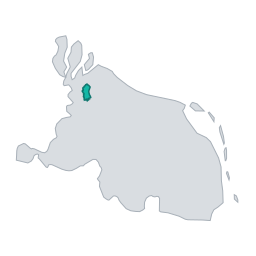 Moerdijk, Noord-Brabant, Netherlands (highlighted), rotated 91°
{"feature_id": "6326949B29665837615412", "entity_name": "Moerdijk", "entity_type": "district", "adm_level": 2, "iso_a3": "NLD", "parent_name": "Netherlands", "parent_adm1": "Noord-Brabant", "projection": "mercator", "projection_center": [4.556, 51.663], "detail": "fine", "context": "in_parent", "style": "filled", "palette": "teal", "viewbox_px": 256, "rotation_deg": 91, "n_neighbors": 0, "source": "geoboundaries", "source_scale": "gbopen_adm2", "svg_char_len": 4684}
<svg xmlns="http://www.w3.org/2000/svg" viewBox="0 0 256 256"><g transform="rotate(91 128 128)"><path d="M162.1,239.1L157.3,238.9L152.8,238.8L150.4,238.4L147.9,237.3L147.9,237.2L146.7,234.9L145.3,232.1L145.7,230.4L149.9,225.4L150.6,224.1L150.1,223.4L150.5,221.2L153.8,213.8L154.2,210.9L152.8,208.8L150.7,207.6L143.9,205.4L140.6,202.3L139.1,199.6L137.6,198.8L135.4,199.7L129.8,200.7L125.2,199.3L119.8,194.2L118.5,189.6L117.9,186.1L116.5,184.9L114.7,186.7L112.4,189.5L107.8,189.9L106.6,189.2L106.3,187.6L106.1,186.1L104.8,184.2L103.5,183.2L97.7,188.5L95.6,188.5L92.9,186.4L91.5,184.4L88.6,185.6L85.9,188.0L86.8,192.6L85.4,193.5L82.1,193.0L78.4,191.1L74.3,190.0L68.0,186.8L59.3,189.4L53.2,186.3L48.1,186.0L45.0,183.6L41.6,179.4L44.0,176.7L46.3,175.7L55.6,175.2L62.3,176.9L74.4,185.9L77.4,185.8L80.7,184.7L79.0,182.2L76.0,181.1L71.5,178.6L67.9,175.2L76.3,174.1L75.2,172.4L74.1,169.3L65.2,158.8L66.7,156.0L68.9,149.8L71.7,144.7L73.9,143.4L77.6,139.7L85.5,129.1L90.6,120.4L94.3,110.1L99.8,81.4L101.4,76.5L104.1,71.1L107.4,72.1L109.7,73.7L117.9,69.6L132.0,58.9L136.2,49.6L140.2,45.3L156.4,36.9L165.3,34.3L179.1,33.7L189.1,32.2L201.0,31.6L205.6,36.8L208.2,40.7L212.5,42.8L219.1,44.2L218.7,51.7L218.7,66.5L218.2,69.2L215.3,75.4L212.1,86.5L211.3,93.8L210.4,95.2L197.8,95.2L196.0,96.4L195.8,98.0L196.4,99.9L196.1,101.7L195.1,103.3L195.7,105.7L197.8,108.4L201.8,110.1L206.0,110.3L208.2,110.0L209.8,111.9L211.4,114.9L211.3,118.7L210.7,123.8L208.7,128.4L202.9,133.8L200.3,135.7L197.9,136.7L196.7,138.1L196.1,139.9L196.3,141.5L200.4,145.8L200.3,146.8L199.1,149.0L197.5,151.1L186.9,155.5L182.5,155.2L180.0,157.3L179.2,157.7L176.5,155.7L170.3,153.4L167.9,154.2L166.6,155.5L162.7,157.0L160.0,159.4L160.0,162.5L164.9,170.5L166.6,172.0L166.7,175.0L169.1,178.7L171.5,183.4L171.8,186.3L171.5,189.3L170.3,193.5L166.0,203.4L165.9,205.3L166.3,206.8L167.8,207.2L168.9,207.9L168.5,209.2L160.5,216.1L159.5,217.3L156.2,216.9L155.6,218.1L156.1,219.9L157.4,221.5L160.3,222.4L162.7,224.1L164.7,227.5L162.1,239.1ZM78.4,191.1L77.7,194.0L75.9,197.2L69.6,201.7L63.1,204.7L59.7,204.3L57.4,202.8L56.1,201.1L52.6,199.5L47.8,198.7L44.8,200.5L42.7,202.1L40.8,201.8L39.4,200.5L38.3,198.4L36.9,191.8L40.5,190.6L48.3,190.2L54.3,192.5L62.2,193.6L68.2,190.4L73.0,193.1L78.4,191.1ZM65.3,164.3L69.9,168.4L70.9,169.8L71.3,171.2L65.4,172.8L59.1,167.7L55.0,168.9L53.4,166.5L53.4,165.0L57.7,163.7L65.3,164.3ZM109.7,60.9L105.0,66.5L102.1,65.0L101.3,63.7L102.7,59.3L109.7,52.1L109.7,60.9ZM130.5,36.0L126.1,36.7L124.0,35.5L134.7,32.4L141.4,31.4L142.6,31.9L130.5,36.0ZM159.0,30.2L149.7,31.5L146.5,30.5L146.0,29.6L148.6,29.1L156.5,28.9L159.0,29.7L159.0,30.2ZM120.2,42.2L111.4,48.0L110.7,47.1L116.3,42.0L120.2,42.2ZM197.2,20.4L192.8,20.6L194.0,18.5L198.1,16.9L200.3,16.9L197.2,20.4ZM178.2,26.1L171.5,28.8L169.9,28.2L170.3,27.4L176.2,25.7L178.2,26.1Z" fill="#d9dde1" stroke="#a8b0b8" stroke-width="1"/><path d="M97.8,165.9L96.9,166.2L96.3,166.6L96.0,166.9L95.6,167.0L94.7,167.3L94.0,167.5L93.4,167.7L92.8,167.8L92.1,167.9L91.7,167.8L91.4,167.8L90.8,167.6L89.9,167.3L87.7,166.6L86.3,167.8L85.7,168.5L85.7,168.8L85.6,169.0L85.5,169.3L85.4,169.4L85.4,169.5L85.1,169.8L85.0,170.0L84.9,170.0L85.3,170.7L85.4,170.8L85.5,170.9L85.5,171.0L85.8,171.1L85.9,171.3L86.0,171.3L86.2,171.5L86.4,171.5L86.5,171.6L86.6,171.9L86.7,172.0L86.8,172.1L87.0,172.3L87.1,172.5L87.3,172.5L87.5,172.6L87.8,172.6L87.9,172.8L87.9,173.0L88.0,173.1L88.2,173.4L88.3,173.5L88.5,173.6L88.7,173.8L88.8,173.8L89.0,173.8L89.3,173.8L89.6,173.8L89.8,173.8L89.9,173.7L90.0,173.7L90.3,173.5L90.3,173.4L90.5,173.4L90.8,173.4L90.9,173.5L91.0,173.5L91.1,173.8L91.3,174.1L91.5,174.3L91.8,174.4L92.0,174.4L92.3,174.3L92.3,174.2L92.5,174.1L92.6,173.9L92.8,173.7L93.0,173.6L93.3,173.6L93.5,173.5L93.6,173.4L93.8,173.3L93.9,173.2L94.0,173.0L94.0,172.9L94.2,172.7L94.3,172.7L94.5,172.6L94.8,172.6L95.0,172.6L95.4,172.9L95.5,172.9L95.5,173.0L95.8,173.0L96.0,173.0L96.2,172.9L96.3,172.9L96.5,172.8L96.6,172.7L96.8,172.7L96.8,172.8L97.0,172.9L97.1,173.0L97.3,173.1L97.5,173.1L97.8,172.9L97.8,172.7L98.0,172.5L98.2,172.4L98.4,172.4L98.5,172.3L98.8,172.3L99.0,172.3L99.4,172.4L99.5,172.4L99.8,172.4L100.0,172.4L100.1,172.2L100.3,172.1L100.5,172.0L100.8,172.0L100.7,171.8L100.7,171.7L100.7,171.3L100.4,171.1L100.3,170.9L100.6,170.8L100.7,170.7L100.4,170.2L100.1,169.9L100.5,169.7L100.8,169.6L101.0,169.5L101.0,169.4L101.3,169.3L101.2,169.1L100.9,168.8L101.1,168.8L101.0,168.7L100.9,168.5L100.7,168.2L100.7,168.4L100.6,168.5L100.2,168.4L100.0,168.2L99.9,168.2L99.9,168.3L99.6,168.1L99.4,168.3L99.2,168.1L99.1,167.8L99.0,167.7L98.9,167.5L98.9,167.4L98.9,167.2L98.8,166.8L98.8,166.7L98.7,166.6L98.5,166.4L98.4,166.1L98.2,165.8L97.8,165.9Z" fill="#14b8a6" stroke="#0f766e" stroke-width="1.5"/></g></svg>